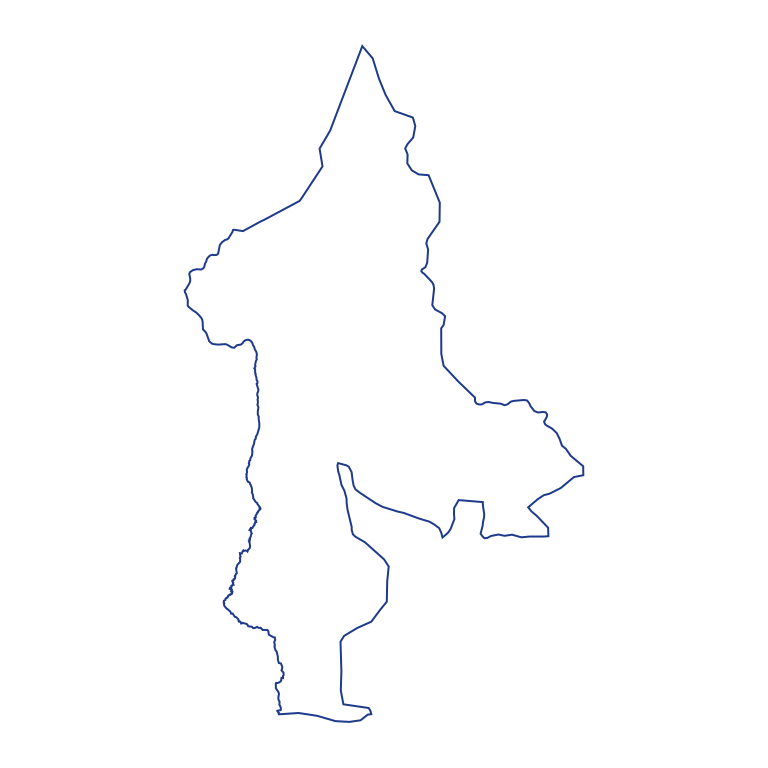 Baboua, Nana-Mambéré, Central African Republic (Natural Earth projection)
{"feature_id": "33826404B17315710707848", "entity_name": "Baboua", "entity_type": "district", "adm_level": 2, "iso_a3": "CAF", "parent_name": "Central African Republic", "parent_adm1": "Nana-Mambéré", "projection": "natural_earth1", "projection_center": [14.687, 5.816], "detail": "fine", "context": "isolated", "style": "outline", "palette": "blue", "viewbox_px": 768, "rotation_deg": 0, "n_neighbors": 0, "source": "geoboundaries", "source_scale": "gbopen_adm2", "svg_char_len": 6123}
<svg xmlns="http://www.w3.org/2000/svg" viewBox="0 0 768 768"><path d="M371.3,714.2L370.3,710.5L368.6,708.0L343.4,704.3L340.8,690.5L341.4,671.3L340.5,641.7L344.1,635.9L357.2,628.0L371.3,621.7L380.1,609.9L386.8,601.7L387.2,581.5L388.7,566.5L384.1,559.4L365.0,542.3L355.4,536.7L352.9,534.3L351.7,529.9L351.7,527.0L347.6,510.1L346.7,503.6L346.5,498.3L344.4,490.8L341.4,484.7L339.5,475.7L338.2,471.3L337.4,465.4L338.1,463.1L346.3,465.3L348.7,466.6L351.6,472.1L352.6,480.2L353.7,485.9L355.6,489.5L360.2,493.0L375.5,503.1L382.4,506.8L397.8,511.6L403.7,512.9L418.6,518.4L429.5,521.7L434.1,524.4L439.2,528.2L441.1,532.3L442.5,537.5L447.8,533.0L450.5,529.2L454.4,519.1L454.0,514.3L454.1,508.1L458.7,500.1L482.8,502.1L482.9,505.3L484.2,514.1L484.1,517.2L483.1,521.7L482.6,525.9L480.6,533.7L482.2,536.0L484.4,538.2L487.2,538.0L490.9,536.0L498.4,534.5L504.6,535.8L512.0,534.7L521.3,537.3L529.8,536.5L544.5,536.5L548.4,536.2L548.1,527.7L536.8,515.9L531.5,511.4L528.2,507.3L537.6,499.3L543.8,495.2L549.5,493.7L560.8,488.0L573.9,477.1L583.3,475.2L583.2,466.3L570.7,455.8L566.0,449.0L562.0,445.7L559.5,438.7L556.8,433.2L552.1,428.6L546.3,425.3L544.8,423.8L544.1,421.3L544.8,420.6L546.8,416.8L547.2,415.3L546.6,413.5L545.6,412.3L542.9,412.0L537.9,412.5L534.3,411.0L530.4,406.0L529.4,403.5L528.3,401.9L526.9,400.4L523.6,400.0L513.7,400.9L510.7,401.7L507.4,404.4L504.4,405.2L500.9,403.7L492.8,402.9L488.6,402.0L485.3,402.4L481.9,404.4L479.5,404.5L477.2,404.0L475.9,402.9L475.0,401.0L475.0,397.6L458.2,381.4L443.6,365.8L441.3,353.9L441.2,328.3L443.6,325.0L445.1,316.2L442.0,313.2L435.0,309.4L432.3,305.2L434.1,288.6L433.5,284.8L432.1,282.2L424.3,273.9L422.3,272.5L421.3,271.2L421.8,269.6L425.4,267.2L427.2,262.7L428.1,249.5L426.3,243.3L427.6,238.9L439.5,221.8L439.8,202.7L428.6,175.2L418.5,174.4L411.8,170.3L407.3,163.4L407.6,154.5L405.2,148.4L407.6,144.0L413.2,137.5L415.3,126.1L412.9,117.6L394.7,111.1L385.6,94.9L379.0,78.7L372.7,58.4L362.3,46.1L330.1,130.7L319.6,148.6L322.5,166.4L301.0,199.1L299.6,200.9L263.5,220.2L261.1,221.2L243.0,231.1L233.2,229.6L233.2,229.3L232.5,231.8L228.5,238.3L227.1,239.4L225.2,239.9L222.3,242.0L219.9,244.8L218.1,253.8L216.6,254.9L214.5,255.1L212.3,254.8L210.3,255.4L209.0,256.4L207.7,257.8L206.7,259.5L206.2,261.6L205.2,263.2L204.1,267.3L202.8,268.7L201.1,269.5L196.6,269.2L192.8,270.2L189.8,272.3L189.3,274.1L190.2,278.4L190.2,281.2L189.4,283.3L186.6,288.1L185.6,289.7L184.7,290.3L185.0,292.4L186.0,294.1L187.8,300.1L187.7,305.7L188.9,307.1L193.1,310.5L196.2,312.5L198.8,315.0L201.2,317.8L202.1,319.5L202.6,321.7L203.0,329.4L205.5,331.9L206.5,333.6L209.3,341.4L212.1,343.7L214.0,344.2L218.5,344.6L225.3,344.1L227.1,344.7L231.9,347.5L234.3,347.7L237.0,345.2L240.9,344.6L242.7,343.1L243.6,341.5L245.5,340.2L247.0,339.8L248.6,339.8L250.8,340.8L252.4,343.1L252.9,344.9L254.2,346.9L254.6,348.8L256.4,352.1L256.9,354.6L256.4,357.8L256.8,359.2L255.8,361.4L255.2,364.7L255.2,365.8L255.5,366.3L254.3,368.3L255.1,369.1L255.2,373.3L255.7,373.9L255.5,374.9L256.3,377.0L256.7,380.2L257.5,381.3L257.4,383.2L256.6,383.9L258.4,389.5L258.1,391.7L257.4,393.0L257.2,395.1L257.9,397.0L258.0,397.9L257.9,398.7L257.5,399.6L257.9,401.2L257.8,403.7L257.4,404.7L258.4,407.3L257.8,411.4L257.8,414.7L258.7,416.5L258.7,419.6L259.3,423.0L259.3,427.2L257.4,434.0L255.7,437.0L255.9,437.7L255.5,439.1L254.7,439.9L253.9,444.1L252.3,448.3L252.1,449.7L252.4,451.6L252.1,455.0L251.8,456.0L250.4,458.2L250.2,460.3L249.4,460.8L249.2,461.5L249.3,462.0L248.8,463.3L249.3,464.1L249.0,465.3L246.8,469.3L247.0,472.5L246.3,474.5L246.7,475.0L246.4,477.3L246.9,477.9L246.7,479.3L248.0,481.8L249.7,482.5L250.0,484.0L250.7,484.9L251.6,487.3L251.9,488.7L252.1,491.5L251.8,492.3L252.6,494.0L253.3,497.2L253.1,498.0L255.5,501.8L257.3,503.2L257.5,504.2L259.2,506.3L259.6,508.1L260.2,507.8L260.5,508.8L260.2,509.4L259.4,509.6L258.3,511.4L257.8,511.6L257.8,512.6L256.8,513.2L256.7,514.2L255.6,515.6L255.8,517.1L254.5,517.8L254.5,519.0L255.3,519.1L255.4,520.7L256.1,520.8L256.2,522.1L255.2,522.3L254.8,523.8L254.3,524.2L254.5,525.0L253.2,526.5L252.4,528.0L250.9,527.8L250.6,528.4L250.8,529.2L249.9,529.3L249.5,530.1L250.4,530.5L251.1,531.4L251.2,532.6L251.8,533.4L251.3,534.0L250.6,536.8L249.7,538.3L250.1,538.7L250.0,539.3L249.4,539.6L249.7,540.8L248.9,541.1L249.6,542.8L250.1,546.0L249.7,548.2L248.1,549.8L247.5,551.4L247.1,550.9L245.4,550.5L244.0,550.9L243.4,550.4L243.0,551.3L242.5,551.5L241.8,553.5L239.9,553.2L240.2,554.9L240.1,555.4L240.6,556.4L239.8,558.0L240.2,559.1L240.1,561.8L237.8,564.3L237.0,565.6L236.6,567.7L236.0,568.2L236.8,573.1L235.9,574.0L235.4,575.4L234.9,575.8L234.8,576.6L235.2,576.9L234.9,578.7L234.2,578.9L234.0,579.6L233.4,579.6L233.1,580.6L232.3,580.8L232.4,581.7L233.3,582.9L232.9,583.6L233.5,584.8L232.4,585.0L232.3,585.6L231.3,585.9L231.3,587.7L230.1,587.6L229.7,588.6L229.7,588.9L231.0,588.9L231.1,589.5L231.4,589.7L231.5,589.2L231.9,589.7L231.0,591.3L231.2,591.6L232.2,591.6L232.1,591.0L232.5,591.4L232.5,591.9L232.0,593.3L231.7,593.5L231.8,593.9L230.5,594.7L230.3,594.3L228.7,595.2L228.3,596.1L228.0,596.1L227.5,597.6L226.6,597.7L226.4,598.2L225.5,598.7L225.4,599.9L223.9,600.8L223.7,602.7L224.3,603.2L223.9,604.5L224.5,606.1L226.9,608.9L227.4,609.0L230.4,611.7L231.2,613.7L232.6,613.5L234.8,616.8L236.2,617.2L238.4,619.4L238.6,621.2L239.1,621.7L239.8,621.4L240.3,621.8L241.0,622.7L241.1,623.5L241.9,623.4L242.3,622.8L246.7,624.0L247.4,624.6L248.2,626.3L251.8,626.7L253.2,628.1L255.1,627.9L257.1,626.9L258.6,627.9L260.7,627.8L262.6,629.9L267.1,630.0L267.9,630.5L268.4,631.4L268.7,634.2L269.0,634.8L273.5,637.3L274.8,637.4L275.2,639.9L274.2,642.0L274.9,645.3L274.4,646.2L275.4,650.1L276.6,651.5L277.8,656.4L277.9,659.8L278.8,663.0L281.0,663.5L282.4,667.3L281.5,670.4L283.5,672.6L283.6,675.0L283.0,675.9L283.0,678.1L281.5,677.9L281.0,681.0L279.3,682.4L277.3,683.0L276.3,682.9L275.8,683.3L275.9,688.3L278.4,692.0L278.8,693.1L278.9,694.2L278.3,697.8L278.4,698.7L278.5,699.8L279.6,701.7L279.4,704.7L280.5,706.7L280.9,708.8L280.6,710.1L277.3,710.8L277.4,711.3L278.8,712.8L278.5,713.2L278.9,714.3L298.6,713.0L317.1,715.8L335.3,721.1L349.3,721.9L360.5,720.3L367.8,714.6L371.3,714.2Z" fill="none" stroke="#1e3a8a" stroke-width="2"/></svg>